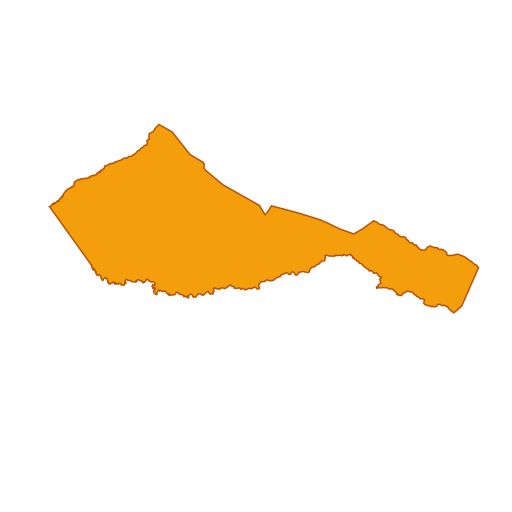 the district of Chigubo, Gaza, Mozambique, rotated 113°
{"feature_id": "85939544B66615302004978", "entity_name": "Chigubo", "entity_type": "district", "adm_level": 2, "iso_a3": "MOZ", "parent_name": "Mozambique", "parent_adm1": "Gaza", "projection": "natural_earth1", "projection_center": [33.548, -22.965], "detail": "fine", "context": "isolated", "style": "filled", "palette": "amber", "viewbox_px": 512, "rotation_deg": 113, "n_neighbors": 0, "source": "geoboundaries", "source_scale": "gbopen_adm2", "svg_char_len": 6121}
<svg xmlns="http://www.w3.org/2000/svg" viewBox="0 0 512 512"><g transform="rotate(113 256 256)"><path d="M328.5,404.3L328.6,403.4L329.8,403.3L330.7,402.3L330.9,401.2L331.5,401.6L332.3,401.0L332.3,400.2L331.6,400.0L332.1,399.0L331.9,398.4L333.0,397.8L333.1,397.0L333.5,397.3L335.1,396.0L335.2,395.0L335.8,394.7L335.0,393.6L334.9,391.8L335.3,390.8L336.9,390.0L338.2,388.5L338.5,387.7L338.3,387.4L336.4,387.4L335.5,386.3L334.8,386.3L334.9,385.5L335.5,384.1L336.1,383.7L336.2,383.1L338.1,382.2L338.2,380.9L339.0,380.5L339.1,379.9L338.8,379.2L337.9,379.2L336.9,377.9L336.2,377.6L336.4,377.2L335.4,376.0L335.6,375.6L336.1,375.9L336.6,375.6L336.9,374.8L336.6,373.8L335.7,374.0L335.7,371.8L334.8,371.3L334.5,370.7L334.4,369.5L335.3,368.8L334.6,366.3L333.5,365.6L332.5,366.2L331.6,365.2L331.0,365.6L331.0,366.4L329.4,366.6L328.2,366.2L328.4,364.3L327.6,362.0L328.2,360.7L327.1,356.8L326.4,356.0L325.9,356.8L325.5,356.7L325.3,356.0L324.2,355.8L323.7,355.1L323.7,354.4L324.1,353.6L323.5,352.2L324.2,351.2L323.9,350.3L324.6,349.9L324.5,348.9L322.0,347.7L320.3,347.7L319.8,347.0L321.0,343.6L320.6,342.6L320.8,342.0L320.2,341.4L320.0,340.4L320.4,338.5L322.1,337.8L322.9,339.8L324.7,339.8L325.2,338.6L326.0,338.4L325.8,337.8L324.6,337.3L325.1,335.9L325.6,335.7L326.2,336.3L328.2,336.7L329.8,335.4L330.5,333.3L330.4,332.5L330.0,332.3L327.0,332.9L326.1,332.7L325.3,331.8L325.3,331.4L325.9,331.0L324.8,330.2L325.4,328.3L324.3,327.2L324.1,325.6L324.4,324.5L325.3,323.2L324.9,321.4L325.7,321.6L326.1,320.5L323.3,315.6L320.9,315.2L320.1,313.7L321.2,311.1L320.8,310.2L320.6,307.8L321.5,306.6L320.7,306.4L320.7,305.9L321.2,305.3L320.4,304.0L321.3,302.7L321.2,302.1L319.9,301.9L318.7,302.8L316.7,301.2L316.7,299.5L318.3,297.8L318.3,297.2L317.7,296.7L317.3,295.4L314.1,294.7L312.9,293.3L312.6,292.3L313.1,291.3L312.6,290.4L312.8,289.2L308.3,287.3L307.8,286.6L307.5,285.8L308.7,284.4L308.9,283.2L307.8,280.9L307.1,280.7L305.9,281.3L305.1,280.9L303.6,281.5L302.5,282.6L302.0,282.3L301.4,281.3L301.7,279.6L300.9,278.4L301.2,276.9L298.8,275.3L298.6,274.4L298.1,273.8L298.3,272.4L297.7,271.4L292.8,268.5L292.6,267.6L293.3,266.6L293.1,264.2L294.2,263.3L293.6,262.4L293.3,260.6L292.0,259.3L291.9,258.6L292.5,256.8L292.3,256.3L291.0,255.3L290.8,254.0L291.4,253.3L291.4,252.6L288.5,249.8L287.7,247.1L285.4,245.5L285.1,243.9L286.0,242.1L285.1,240.4L284.3,240.2L282.4,241.8L281.1,242.3L277.8,241.4L276.3,238.3L273.5,236.5L273.5,233.9L271.8,230.6L267.6,228.3L265.5,225.6L263.8,225.6L260.2,222.2L259.3,220.7L260.1,218.7L259.6,217.4L258.9,217.0L257.1,217.1L256.3,216.3L256.5,214.2L257.7,212.8L258.1,211.6L257.1,210.6L254.4,210.1L253.6,209.2L251.9,206.7L251.0,201.5L249.9,200.9L247.2,201.0L245.0,200.4L243.6,198.7L242.1,197.5L240.6,196.9L239.1,195.2L234.9,193.4L233.8,191.1L230.3,191.4L228.8,192.5L228.3,192.4L227.8,191.2L227.3,188.0L226.4,186.2L226.0,184.5L225.4,184.2L225.0,183.2L224.7,183.0L224.5,183.5L224.1,183.1L223.9,181.4L222.5,179.1L222.4,177.6L222.0,177.3L221.8,176.4L220.9,176.2L220.9,175.5L220.3,175.4L220.0,174.2L220.4,172.5L219.0,171.5L217.5,169.6L218.5,168.9L218.3,168.0L218.9,166.5L220.0,166.2L219.5,164.8L220.5,163.7L220.4,162.2L221.2,161.2L221.0,159.2L222.0,158.5L222.3,157.6L221.8,156.2L223.6,152.3L224.0,149.9L224.5,148.7L224.4,147.7L224.9,147.0L224.7,146.3L225.5,145.6L224.5,144.4L224.5,143.0L225.9,141.1L225.6,140.2L224.3,138.8L226.6,134.8L226.3,134.2L226.8,133.5L226.5,132.3L227.3,132.0L228.4,132.9L229.1,133.0L232.4,130.5L234.7,132.1L236.3,132.1L237.3,133.0L238.5,132.2L237.1,130.5L236.6,128.5L235.2,127.1L235.4,126.1L234.6,124.7L234.1,122.6L234.2,120.0L233.2,118.4L233.2,117.2L235.0,112.1L236.4,111.3L236.4,110.7L235.8,110.0L236.3,109.3L236.3,108.4L235.3,106.6L233.1,106.2L230.8,104.0L229.0,102.9L228.7,99.3L228.2,98.6L228.3,97.2L229.4,95.7L229.8,93.3L230.4,92.4L230.2,91.1L230.5,89.6L231.2,88.3L230.4,85.9L230.4,83.7L233.4,83.4L234.3,82.7L234.8,80.5L234.4,79.6L234.5,77.6L233.8,75.9L234.1,74.4L233.4,73.8L233.5,73.0L232.0,70.2L229.7,69.7L228.8,68.6L228.6,67.5L229.1,65.4L228.0,64.1L227.9,60.1L229.6,57.1L231.1,51.7L221.8,47.1L179.7,46.6L178.1,50.4L178.3,51.5L177.0,55.4L176.4,59.2L175.8,60.6L175.3,63.9L175.4,69.6L175.9,71.9L178.0,74.2L180.5,79.6L180.3,80.8L178.3,82.0L177.1,86.1L177.1,86.9L178.3,90.1L177.5,92.7L178.3,94.5L178.8,97.5L178.7,99.6L180.9,101.6L183.9,102.5L184.9,103.2L185.9,107.0L184.7,110.6L183.2,112.8L183.8,114.5L183.6,115.9L182.7,117.0L183.5,118.8L183.3,121.0L182.3,121.7L182.0,123.7L180.5,125.5L180.6,127.6L181.5,129.2L181.6,132.2L180.5,133.8L180.5,136.5L179.9,138.0L178.8,139.0L179.6,144.5L178.0,150.1L177.9,152.1L178.6,154.8L177.6,158.0L177.8,160.0L177.4,161.3L188.9,168.2L197.5,174.6L198.4,189.7L197.7,202.3L197.6,210.7L199.6,231.6L203.8,261.4L212.6,262.9L214.5,263.8L208.1,272.6L203.4,314.3L196.7,336.1L195.4,338.3L191.7,339.5L190.5,341.0L188.4,356.3L174.6,381.6L172.9,396.7L177.2,398.5L181.2,399.1L185.2,402.1L188.0,401.2L189.8,399.9L190.9,400.9L192.6,401.5L193.0,401.2L193.2,400.6L194.0,400.2L196.9,400.0L197.8,401.9L199.9,402.6L202.2,404.2L204.7,404.8L205.3,405.9L209.2,407.1L210.1,408.1L212.7,409.5L214.1,412.0L216.3,413.0L217.0,415.0L218.9,416.8L220.6,417.8L221.2,418.8L223.4,420.9L224.4,422.5L226.1,422.8L226.6,424.7L228.0,425.8L228.5,427.0L229.7,427.6L230.9,428.9L231.6,428.9L232.2,429.5L232.2,430.3L235.0,430.1L235.5,430.7L236.8,431.1L237.3,431.8L237.8,431.8L237.8,432.3L239.1,432.3L239.3,432.8L239.6,432.2L240.1,432.5L240.4,433.5L241.4,433.8L241.4,434.4L241.9,434.7L242.8,434.5L244.0,435.0L244.5,436.5L245.3,436.6L245.9,437.3L245.9,438.2L246.7,439.0L248.1,439.7L248.2,440.3L249.1,440.2L249.3,440.8L250.2,441.2L250.5,442.5L251.0,442.7L252.0,445.2L253.3,446.1L253.2,446.9L253.6,447.6L254.9,448.2L254.8,449.2L255.9,450.1L259.0,452.0L259.2,451.5L260.1,451.8L261.8,451.0L262.9,451.7L263.7,451.5L264.4,452.7L265.0,452.4L266.5,454.3L269.1,456.0L274.1,457.5L275.4,457.1L275.8,457.6L276.7,457.3L277.1,457.9L277.6,457.5L278.5,458.4L279.5,458.1L280.0,458.9L281.5,459.0L282.5,459.9L283.0,459.3L283.6,460.6L285.4,461.1L285.5,461.8L286.4,461.6L286.2,462.4L286.6,463.1L287.9,462.8L288.1,463.5L287.8,463.7L289.3,464.4L290.4,464.3L291.2,465.4L328.5,404.3Z" fill="#f59e0b" stroke="#b45309" stroke-width="1.5"/></g></svg>